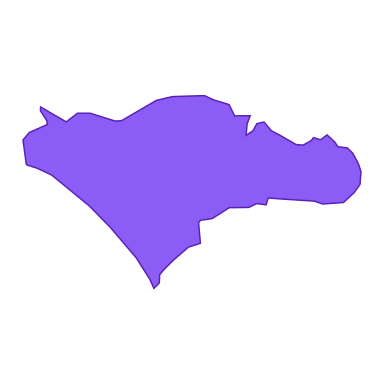 Guidan-Roumdji, Maradi, Niger (Albers equal-area conic projection)
{"feature_id": "23599985B37435064601183", "entity_name": "Guidan-Roumdji", "entity_type": "district", "adm_level": 2, "iso_a3": "NER", "parent_name": "Niger", "parent_adm1": "Maradi", "projection": "albers", "projection_center": [6.935, 13.581], "detail": "fine", "context": "isolated", "style": "filled", "palette": "violet", "viewbox_px": 384, "rotation_deg": 0, "n_neighbors": 0, "source": "geoboundaries", "source_scale": "gbopen_adm2", "svg_char_len": 954}
<svg xmlns="http://www.w3.org/2000/svg" viewBox="0 0 384 384"><path d="M23.0,140.0L26.3,164.4L27.5,165.2L36.8,168.1L51.6,175.0L89.4,206.0L110.4,227.5L136.2,257.8L149.9,279.4L153.9,288.4L159.3,282.9L159.7,274.6L164.1,269.4L173.9,259.7L188.5,247.1L200.4,243.3L198.6,222.9L200.4,220.3L212.1,218.6L217.8,215.0L229.2,207.7L248.8,207.4L256.7,203.6L266.1,204.8L268.2,198.0L277.6,198.7L299.6,200.2L314.3,201.1L322.7,204.0L343.5,202.5L354.3,192.5L360.0,184.4L361.0,171.8L358.4,163.7L352.8,153.3L347.3,147.9L337.8,146.7L334.9,142.2L327.1,134.9L320.6,139.8L313.5,137.6L311.2,140.6L303.1,145.1L296.0,144.5L281.6,136.2L271.3,130.7L264.0,122.0L256.9,123.6L253.0,130.7L246.1,135.4L247.1,124.0L250.2,115.7L234.6,115.9L229.1,104.6L213.7,99.9L204.3,95.6L172.5,96.6L156.6,100.3L150.3,103.9L121.3,120.8L114.9,121.0L90.1,113.2L77.5,113.2L66.2,121.9L40.6,107.0L40.4,110.7L46.8,120.6L47.3,124.5L29.3,132.5L23.0,140.0Z" fill="#8b5cf6" stroke="#5b21b6" stroke-width="1.5"/></svg>